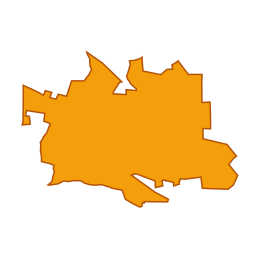 Abalá, Yucatán, Mexico, rotated 354°
{"feature_id": "50627088B14708178050051", "entity_name": "Abalá", "entity_type": "district", "adm_level": 2, "iso_a3": "MEX", "parent_name": "Mexico", "parent_adm1": "Yucatán", "projection": "mercator", "projection_center": [-89.689, 20.66], "detail": "fine", "context": "isolated", "style": "filled", "palette": "amber", "viewbox_px": 256, "rotation_deg": 354, "n_neighbors": 0, "source": "geoboundaries", "source_scale": "gbopen_adm2", "svg_char_len": 3761}
<svg xmlns="http://www.w3.org/2000/svg" viewBox="0 0 256 256"><g transform="rotate(354 128 128)"><path d="M50.6,157.6L50.0,159.1L49.7,159.3L49.4,160.5L50.0,162.8L50.2,163.1L50.1,164.2L48.9,166.8L48.0,168.9L48.0,169.1L46.9,172.9L45.5,174.3L42.6,176.2L43.9,176.6L45.0,176.6L45.5,176.6L45.9,176.7L46.6,176.6L46.8,176.5L47.7,176.4L48.5,176.3L48.8,176.2L49.8,176.5L50.9,176.3L51.7,176.3L53.3,176.0L58.8,173.9L62.1,174.9L62.8,175.0L64.4,174.8L65.8,174.8L67.8,174.6L70.7,174.9L71.4,175.2L72.5,175.2L75.4,175.5L75.9,176.0L76.6,176.1L77.0,176.5L77.6,177.2L78.1,177.7L78.2,177.8L79.5,178.5L79.8,178.6L83.5,180.2L88.5,181.3L91.8,181.4L95.5,181.6L96.9,182.0L101.1,183.9L102.6,184.3L104.8,185.5L105.5,186.1L109.6,187.4L115.7,189.2L116.5,192.5L117.2,195.2L117.9,198.5L120.3,200.3L121.5,201.2L122.4,201.8L122.7,202.2L123.3,202.5L124.6,203.5L127.1,205.1L131.3,207.8L133.7,207.4L133.7,206.9L134.0,206.1L134.4,204.1L136.3,204.3L136.3,202.9L159.7,205.6L159.7,205.2L160.2,204.4L160.7,203.1L148.3,194.8L126.4,175.2L127.6,174.9L131.1,174.3L137.9,177.7L149.5,183.5L149.0,190.1L156.5,189.2L156.4,183.7L159.2,183.8L159.9,183.8L160.1,184.6L161.6,184.7L167.5,186.9L167.4,190.4L173.2,189.1L173.2,187.2L174.3,185.5L174.4,184.1L174.7,184.1L180.0,184.8L195.4,184.5L195.6,195.7L205.6,197.2L214.4,198.4L221.3,199.4L221.7,199.0L226.9,195.6L232.1,186.7L227.3,179.3L224.5,174.8L229.2,169.7L232.9,167.3L224.7,154.7L201.5,146.6L202.5,136.4L210.0,137.4L210.4,133.7L211.3,124.7L212.3,110.8L204.2,110.4L206.2,89.9L207.2,82.5L193.7,81.0L191.6,77.7L187.9,71.7L184.8,66.4L183.3,67.5L183.1,68.2L182.2,68.0L178.7,69.7L178.2,70.0L178.5,72.1L178.6,74.1L178.4,74.1L177.8,74.1L174.2,73.9L172.7,73.9L166.2,78.4L148.8,72.9L149.3,59.2L149.2,59.3L147.1,60.2L146.0,60.5L144.0,60.9L142.5,61.2L141.6,61.4L136.4,61.4L137.0,65.0L136.4,66.1L136.0,67.4L132.7,75.3L132.0,76.1L132.7,79.4L133.8,81.2L134.2,81.8L134.6,82.9L134.8,83.6L135.2,84.2L136.5,85.8L137.9,87.3L139.7,89.2L140.1,89.7L140.4,89.9L140.2,91.6L130.1,89.7L129.7,94.6L117.3,92.5L116.9,92.4L117.3,90.7L117.7,89.9L118.7,88.7L119.3,88.0L119.6,87.5L121.2,85.8L122.6,83.7L123.8,82.4L124.6,81.6L125.6,81.6L126.7,81.5L115.6,68.2L115.0,67.5L109.0,60.4L102.2,54.6L94.9,48.2L95.2,50.1L95.4,50.5L95.9,51.9L97.3,55.1L97.2,55.7L97.1,56.5L96.8,58.1L96.8,59.0L96.8,60.1L96.8,60.9L96.8,61.0L96.8,61.9L96.8,62.8L96.9,63.2L97.2,63.9L97.6,65.0L97.8,65.6L97.8,65.9L97.8,66.1L97.6,66.5L96.9,67.4L96.2,68.5L95.7,69.4L95.4,69.8L94.9,70.5L94.5,70.9L94.5,71.1L94.2,71.5L93.9,71.7L93.6,72.0L93.2,72.4L92.5,73.0L90.6,75.3L90.1,75.6L89.8,76.0L89.2,76.6L77.1,75.2L76.8,75.3L75.3,78.7L75.1,79.1L74.7,79.9L74.4,80.6L74.0,81.5L73.7,82.3L73.3,83.1L73.0,83.8L72.9,83.9L72.8,84.1L72.6,84.6L72.3,85.4L70.1,90.0L62.2,87.1L59.3,91.8L53.5,89.6L53.4,89.5L55.9,84.7L49.7,82.2L47.3,86.7L43.4,83.7L36.1,79.2L28.3,74.6L27.1,86.2L25.6,99.4L24.2,111.0L23.1,113.9L31.1,114.0L31.2,112.3L31.1,106.1L27.2,105.0L29.0,100.0L40.2,103.0L46.8,104.7L45.0,112.4L45.1,112.5L50.9,115.3L50.4,117.7L50.2,117.7L49.8,117.9L49.5,118.7L49.4,118.8L49.2,119.2L49.1,119.5L48.9,119.8L48.7,120.2L48.6,120.6L48.3,121.1L48.0,121.6L47.7,122.2L47.4,122.7L47.4,122.9L47.0,123.6L46.8,124.0L46.6,124.2L46.3,124.6L46.0,125.0L45.8,125.3L45.2,125.6L44.8,126.2L44.4,126.6L43.6,127.3L43.0,128.0L42.8,128.2L42.7,128.4L42.2,129.2L42.0,130.0L41.8,130.3L41.1,131.0L40.6,131.5L40.4,131.8L40.1,132.1L39.8,132.8L39.2,133.1L39.4,133.8L39.5,134.4L39.6,135.2L39.4,135.8L39.3,136.2L39.3,136.6L39.2,137.3L39.1,138.2L39.0,138.5L39.0,139.0L38.9,139.8L38.8,140.4L38.7,140.9L38.5,142.0L38.7,143.1L38.8,143.6L38.9,144.1L38.9,144.4L38.9,144.8L38.8,145.0L38.8,145.6L38.9,146.6L38.9,147.2L38.9,147.8L38.8,148.1L38.8,148.6L38.8,149.2L38.6,150.8L38.5,151.4L38.4,152.4L46.1,155.1L50.4,157.3L50.6,157.6Z" fill="#f59e0b" stroke="#b45309" stroke-width="1.5"/></g></svg>